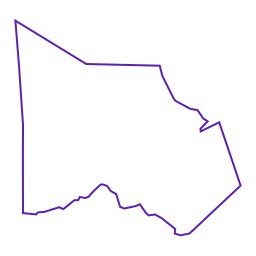 Montgomery, Texas, United States of America (Albers equal-area conic projection)
{"feature_id": "52423323B63190785401157", "entity_name": "Montgomery", "entity_type": "district", "adm_level": 2, "iso_a3": "USA", "parent_name": "United States of America", "parent_adm1": "Texas", "projection": "albers", "projection_center": [-95.471, 30.329], "detail": "fine", "context": "isolated", "style": "outline", "palette": "violet", "viewbox_px": 256, "rotation_deg": 0, "n_neighbors": 0, "source": "geoboundaries", "source_scale": "gbopen_adm2", "svg_char_len": 714}
<svg xmlns="http://www.w3.org/2000/svg" viewBox="0 0 256 256"><path d="M240.6,185.6L219.2,122.3L200.7,131.4L200.5,128.7L207.7,121.3L203.2,118.4L197.6,110.2L190.0,108.7L175.4,100.8L173.6,98.4L162.3,75.8L159.7,65.7L86.2,64.0L15.4,20.7L19.1,67.0L23.0,124.9L23.0,133.2L22.9,157.7L23.0,213.1L36.1,214.4L37.9,212.4L44.4,211.9L59.3,207.2L63.3,209.1L74.4,200.2L78.3,200.1L79.7,197.0L85.1,198.0L86.7,197.4L88.5,196.8L93.5,191.2L100.7,184.5L103.5,184.6L107.4,186.2L110.8,191.1L116.2,194.1L120.1,206.8L124.2,208.5L136.0,206.0L139.8,204.2L145.6,212.5L148.6,215.4L155.0,214.5L161.6,218.1L175.2,229.0L174.7,233.5L180.3,235.3L189.3,233.6L193.6,229.7L210.2,214.1L240.6,185.6Z" fill="none" stroke="#5b21b6" stroke-width="2"/></svg>